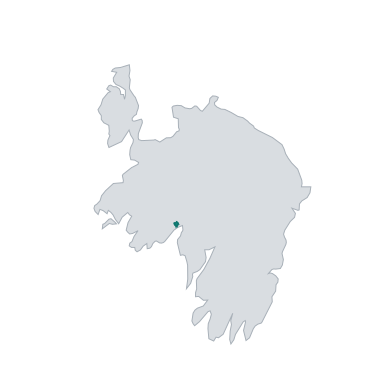 Galway City East Lea-6, Galway, Ireland (highlighted), rotated 313°
{"feature_id": "5873133B29107056882514", "entity_name": "Galway City East Lea-6", "entity_type": "district", "adm_level": 2, "iso_a3": "IRL", "parent_name": "Ireland", "parent_adm1": "Galway", "projection": "albers", "projection_center": [-9.004, 53.286], "detail": "fine", "context": "in_parent", "style": "filled", "palette": "teal", "viewbox_px": 384, "rotation_deg": 313, "n_neighbors": 0, "source": "geoboundaries", "source_scale": "gbopen_adm2", "svg_char_len": 4750}
<svg xmlns="http://www.w3.org/2000/svg" viewBox="0 0 384 384"><g transform="rotate(313 192 192)"><path d="M232.0,70.2L225.5,75.1L224.5,76.8L222.8,84.0L222.6,86.0L218.7,94.0L216.3,95.7L212.9,97.1L210.9,98.4L208.4,97.8L205.2,97.9L203.7,99.4L203.7,100.5L204.7,101.7L210.7,105.2L210.3,106.8L208.7,108.5L198.2,112.9L195.1,115.5L194.0,117.3L195.2,120.1L203.8,128.5L205.2,129.4L206.6,134.4L214.1,136.3L217.2,139.4L219.8,140.1L225.6,139.7L227.9,140.8L229.2,139.9L229.9,138.2L236.2,132.0L234.1,127.5L240.3,119.6L242.1,119.7L245.2,122.0L247.8,125.2L248.7,129.5L251.2,133.4L252.8,134.7L256.9,135.4L257.9,136.9L257.4,142.6L258.1,144.5L268.6,144.0L272.7,141.3L276.4,141.6L278.3,144.1L279.2,146.7L276.1,147.8L272.8,147.4L271.2,149.2L271.2,152.5L272.5,156.8L274.8,159.7L276.9,166.5L278.6,174.1L281.1,178.6L281.8,184.3L281.6,187.1L282.2,192.1L281.3,193.9L282.2,198.6L286.7,213.7L288.0,225.5L286.2,230.1L283.8,234.4L282.3,239.5L281.2,245.0L280.8,253.7L275.5,264.2L273.2,266.8L270.4,268.5L276.8,275.4L271.9,278.8L266.5,280.0L260.4,278.4L256.6,278.7L251.9,282.6L250.8,281.9L248.3,276.1L246.9,282.2L243.4,284.3L237.4,284.0L227.4,285.9L223.6,287.7L222.1,290.4L221.0,293.5L219.4,295.4L217.7,296.4L210.0,298.9L208.4,299.8L204.9,304.9L200.2,307.9L196.3,308.8L192.8,305.9L191.4,304.2L189.8,303.3L184.4,303.5L186.1,304.4L187.2,306.4L187.8,310.4L187.2,314.3L184.6,316.3L181.5,316.7L176.5,320.8L169.9,321.9L166.4,325.6L144.6,331.9L143.3,332.0L140.3,330.3L137.1,329.6L133.8,330.1L124.6,333.5L120.2,332.8L125.9,324.1L133.5,319.8L134.3,318.6L131.9,318.0L117.5,320.9L112.4,323.4L107.4,324.1L109.8,320.2L116.3,314.8L121.9,311.3L124.3,308.1L131.1,304.5L109.3,311.8L103.5,310.8L102.2,308.6L97.8,309.5L96.2,304.4L102.9,296.9L106.8,293.7L111.4,291.9L115.8,289.5L117.4,286.3L115.4,285.3L102.3,285.9L96.0,285.1L96.4,282.7L97.6,279.9L104.2,275.4L107.7,274.7L110.8,275.2L116.3,278.0L123.7,277.2L120.6,274.2L120.2,268.1L117.8,266.0L120.9,263.2L124.3,261.5L130.1,255.7L132.1,254.8L143.4,253.5L155.5,250.4L167.5,246.2L161.3,243.8L158.4,240.7L153.7,247.0L150.2,249.4L140.6,250.7L137.5,250.0L133.3,248.0L131.9,248.7L130.7,250.2L124.3,253.3L117.5,253.9L125.4,248.3L135.4,238.8L137.6,235.7L140.7,230.4L139.8,228.1L137.8,226.7L144.9,215.9L147.4,213.9L152.0,213.6L155.3,211.8L156.8,211.8L158.1,211.2L161.0,207.9L156.5,205.8L151.9,204.8L137.5,205.8L135.6,205.6L133.9,204.6L132.7,203.1L131.9,199.4L130.8,198.6L127.6,198.5L124.4,199.6L122.2,199.5L120.0,197.9L123.5,194.1L119.1,193.2L114.5,193.8L110.8,192.6L110.7,190.3L112.4,187.9L110.2,185.6L109.8,182.8L112.2,181.4L114.8,181.9L120.1,179.9L126.9,178.9L121.1,176.8L118.8,175.0L118.8,172.3L119.2,169.9L126.0,166.1L133.2,164.4L132.7,161.8L133.2,159.0L126.0,158.1L118.8,160.0L119.7,154.7L121.4,149.9L121.8,146.7L121.5,143.3L118.2,144.7L117.8,139.8L116.5,136.5L111.5,138.7L111.7,134.4L113.2,131.4L115.7,130.1L118.3,130.7L123.0,130.7L127.6,128.4L134.1,127.9L144.6,128.7L151.8,135.2L153.6,134.0L156.5,129.9L157.9,129.5L168.7,131.2L175.4,133.6L177.2,132.8L176.2,128.3L173.9,125.2L176.8,121.0L180.3,118.2L182.6,116.8L188.0,115.1L190.4,113.4L191.9,108.1L194.4,103.7L180.8,106.1L167.9,100.9L169.9,97.2L172.6,95.1L177.3,93.5L177.7,91.6L180.1,90.0L184.0,85.7L182.5,80.3L183.2,76.2L186.0,73.6L186.8,69.8L188.1,67.1L193.7,66.0L199.1,63.4L207.5,62.9L209.7,63.9L209.2,59.4L213.1,58.7L214.7,59.6L215.4,62.8L217.3,64.8L217.9,68.4L216.7,71.1L214.7,73.3L216.6,75.4L213.8,79.4L216.9,77.7L221.2,73.7L220.9,70.6L220.1,66.7L218.8,63.1L219.3,59.2L221.7,56.7L228.2,55.3L225.4,50.9L227.7,50.5L230.3,51.3L234.2,54.7L242.3,59.4L238.5,63.8L233.8,66.9L232.0,70.2ZM117.4,156.4L117.2,158.5L114.1,155.8L112.6,153.0L103.9,151.5L107.6,148.8L109.3,149.6L115.5,149.8L117.2,151.0L117.4,156.4Z" fill="#d9dde1" stroke="#a8b0b8" stroke-width="1"/><path d="M156.9,200.2L156.7,200.6L156.5,201.0L156.4,201.1L156.4,201.5L156.1,202.0L156.1,202.3L156.3,202.5L156.5,202.5L156.4,202.6L156.1,203.2L156.1,203.3L156.0,203.5L156.2,203.4L156.2,203.5L156.2,203.4L156.3,203.4L156.5,203.4L156.5,203.5L156.7,203.4L156.9,203.4L157.0,203.4L157.2,203.6L157.5,203.5L157.8,203.5L157.9,203.4L158.0,203.4L158.3,203.4L158.3,203.5L158.2,203.5L158.2,203.8L158.4,203.9L158.5,203.9L158.8,203.8L159.0,203.9L159.2,204.0L159.2,203.9L159.0,203.7L159.1,203.4L159.3,203.3L159.5,203.3L159.8,203.2L159.8,202.9L159.8,202.7L159.5,202.7L159.6,202.4L159.5,202.1L159.6,201.9L159.8,201.9L159.9,201.6L159.7,201.1L159.0,201.7L158.8,201.7L158.7,201.7L158.6,201.4L158.5,201.2L158.3,201.1L158.2,201.1L157.8,200.9L157.6,201.2L157.7,200.9L157.3,200.9L157.0,200.7L156.8,200.7L157.0,200.6L157.1,200.4L157.3,200.4L157.4,200.2L157.2,200.1L156.9,200.2ZM156.9,204.1L157.0,204.2L156.9,204.2L157.0,204.1L156.9,204.1L156.9,204.3L157.0,204.2L156.9,204.1ZM157.6,203.9L157.5,204.0L157.6,203.9Z" fill="#14b8a6" stroke="#0f766e" stroke-width="1.5"/></g></svg>